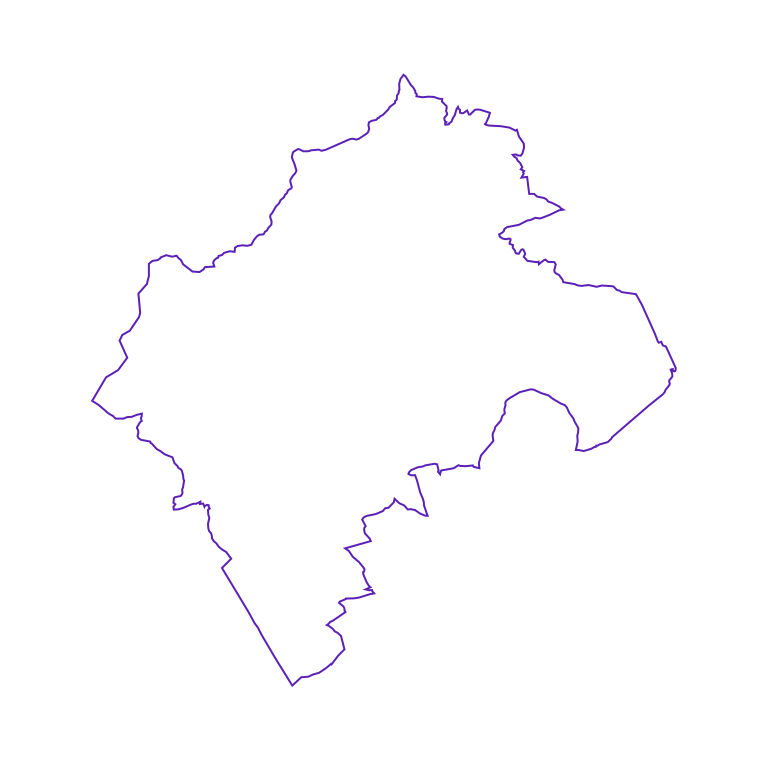 the district of Telega, Prahova, Romania, rotated 6°
{"feature_id": "2599482B944231633317", "entity_name": "Telega", "entity_type": "district", "adm_level": 2, "iso_a3": "ROU", "parent_name": "Romania", "parent_adm1": "Prahova", "projection": "natural_earth1", "projection_center": [25.817, 45.132], "detail": "fine", "context": "isolated", "style": "outline", "palette": "violet", "viewbox_px": 768, "rotation_deg": 6, "n_neighbors": 0, "source": "geoboundaries", "source_scale": "gbopen_adm2", "svg_char_len": 6142}
<svg xmlns="http://www.w3.org/2000/svg" viewBox="0 0 768 768"><g transform="rotate(6 384 384)"><path d="M324.3,693.5L332.4,684.3L339.3,683.0L343.9,680.3L349.6,678.0L356.1,672.6L360.5,668.0L361.1,668.4L366.8,659.0L372.4,652.0L367.6,639.1L364.0,636.4L360.8,635.1L358.7,632.9L354.6,630.4L352.4,629.7L354.4,627.8L355.1,626.4L357.7,624.9L369.5,614.8L368.6,613.8L368.0,611.1L366.8,609.4L362.1,606.3L363.0,604.9L368.3,602.0L368.4,601.4L376.6,600.3L381.8,598.9L392.2,594.4L396.1,593.3L394.0,591.3L393.6,590.2L390.6,590.7L387.2,590.2L391.8,587.5L389.9,586.1L387.3,582.7L383.4,575.6L382.8,573.4L383.6,572.9L384.0,570.8L383.6,569.6L378.0,563.9L370.9,559.0L366.5,553.7L362.5,551.5L387.3,541.6L385.8,539.1L380.6,534.5L379.5,531.2L379.5,529.1L380.6,527.3L376.5,521.1L377.1,519.8L378.1,518.5L380.6,517.0L389.4,514.2L396.1,510.5L398.2,507.4L401.3,506.7L406.1,500.7L406.5,497.0L411.7,501.0L416.9,502.7L420.7,506.3L423.6,505.7L428.0,506.1L433.5,509.1L438.5,510.6L441.1,510.5L436.5,500.6L435.9,497.1L434.5,493.7L431.4,488.3L427.0,476.7L424.4,471.4L420.7,472.0L417.7,470.9L418.3,468.8L420.1,466.7L426.1,463.4L431.4,461.9L433.6,460.6L442.7,458.0L445.3,458.4L447.3,464.2L446.9,465.7L449.2,467.9L449.6,464.6L450.1,464.0L462.3,460.4L466.5,457.0L468.4,457.5L473.8,457.2L480.9,455.7L481.7,457.0L487.7,457.8L486.6,452.8L487.9,445.0L498.7,429.2L497.3,423.6L497.5,421.2L498.6,418.7L499.2,415.0L504.0,408.2L505.0,403.4L507.2,400.7L506.3,396.8L507.1,392.3L506.6,390.5L506.8,389.1L507.8,387.3L510.6,384.8L519.9,377.9L530.4,374.0L533.3,373.9L541.6,376.7L548.7,378.1L553.1,380.9L561.8,384.9L566.2,386.2L568.3,388.2L571.2,393.2L576.0,398.5L577.3,401.2L581.9,407.6L582.1,412.4L581.6,415.1L582.6,420.9L581.7,429.6L584.4,429.3L589.7,429.8L597.2,426.6L599.4,424.9L601.3,424.3L601.5,423.1L602.8,423.1L604.6,421.6L612.6,418.4L615.9,414.5L616.3,413.2L649.1,378.3L662.3,365.2L663.8,363.1L664.7,360.4L668.0,355.0L668.2,353.7L667.3,351.9L667.4,350.5L669.6,347.2L670.0,345.9L669.2,342.7L667.6,339.7L669.6,339.0L669.7,340.4L671.3,341.1L672.3,340.6L672.5,339.6L672.5,337.6L660.5,317.3L657.3,316.5L655.3,313.1L653.0,314.2L652.0,313.3L648.2,305.8L632.3,278.4L625.2,268.3L610.9,267.8L608.3,266.5L605.8,266.2L602.1,263.1L600.4,262.9L590.4,263.3L585.4,265.1L577.1,264.2L570.1,265.8L566.2,265.7L563.2,264.7L551.7,264.0L550.7,261.7L546.7,257.3L543.2,255.9L541.8,254.6L541.5,253.0L542.3,247.2L541.0,245.3L540.0,244.9L534.5,245.4L531.5,243.4L529.8,244.4L525.5,248.7L524.9,246.2L522.7,246.9L513.7,246.5L509.7,242.9L510.8,239.7L508.9,236.2L507.8,235.5L506.5,236.2L504.4,240.4L501.9,240.3L501.0,239.5L500.2,237.5L497.8,235.1L497.7,232.3L494.3,231.5L494.1,230.7L494.9,227.5L494.5,226.6L493.3,226.3L489.8,227.3L486.6,226.9L483.8,225.4L482.9,223.1L486.0,221.0L487.3,219.2L487.5,217.4L490.0,215.1L501.5,211.6L509.3,206.5L512.5,205.6L517.2,202.9L521.4,203.1L523.0,202.6L530.7,198.7L539.9,193.0L544.0,191.9L541.5,190.8L539.9,189.3L531.9,186.2L528.5,185.5L526.1,183.3L523.8,182.3L516.7,181.6L513.5,179.3L508.5,179.7L504.7,163.1L499.1,164.4L501.0,160.2L500.2,158.8L501.1,157.5L497.6,156.2L498.9,154.0L496.2,149.9L493.4,147.7L492.3,145.6L489.6,144.2L488.1,142.6L491.2,141.9L492.9,142.7L496.2,142.6L497.5,140.3L498.6,134.3L497.8,130.2L492.4,123.9L489.6,117.3L488.3,118.3L482.1,115.9L473.5,115.4L461.0,116.0L458.1,115.4L457.3,115.0L458.1,113.9L460.3,107.2L461.0,103.2L450.9,101.2L448.1,101.2L445.8,101.8L441.4,107.1L440.3,107.1L438.1,103.3L434.7,106.2L433.5,106.6L431.3,106.3L430.9,103.4L429.4,102.5L428.6,100.7L427.4,103.0L426.4,109.0L424.8,112.1L423.6,116.1L421.4,118.1L421.2,119.0L417.9,119.7L417.4,118.4L418.6,117.0L417.7,116.7L416.6,115.2L416.2,113.0L418.6,109.4L418.4,108.2L417.2,106.0L417.5,102.8L417.1,101.0L412.1,97.1L412.1,94.5L408.9,94.5L403.4,93.3L398.2,93.6L392.2,94.8L386.2,94.5L386.3,92.3L384.9,91.3L384.3,89.1L382.0,86.0L379.6,84.0L373.3,75.8L371.1,74.5L368.5,79.0L367.7,84.0L368.6,89.8L368.1,91.1L368.2,93.1L366.7,95.9L367.0,99.8L365.5,101.5L365.6,103.3L360.6,108.1L359.6,110.4L354.7,116.6L352.3,118.1L350.9,120.0L349.8,120.3L349.5,121.3L348.4,122.2L344.1,123.6L341.6,125.4L341.5,128.5L342.6,131.5L342.0,134.9L340.8,136.6L333.2,142.9L330.9,143.8L327.3,143.3L324.2,144.2L301.5,157.2L297.4,158.6L294.6,157.7L287.2,159.2L284.5,160.4L279.5,161.0L275.1,159.4L273.8,159.4L269.8,162.4L269.2,163.3L268.6,168.2L272.0,174.6L274.6,180.9L273.9,183.3L271.4,186.8L269.6,190.8L269.6,192.4L271.7,197.8L271.4,199.1L268.4,201.3L267.3,204.7L265.9,205.9L264.9,208.8L261.8,212.1L260.8,215.2L257.9,218.9L254.8,225.9L253.4,227.8L253.3,229.9L255.2,233.9L255.3,237.3L252.8,240.6L251.4,243.7L249.6,245.1L248.9,247.2L247.8,248.0L244.5,248.5L242.2,250.4L239.5,254.4L237.5,259.4L233.9,260.8L228.4,260.9L223.9,262.1L221.6,264.0L221.6,268.2L216.6,268.1L211.1,270.4L209.4,272.7L206.1,273.9L205.8,275.7L204.3,276.4L202.0,279.0L201.4,281.4L203.0,284.9L193.8,286.5L192.4,289.0L188.9,291.9L181.8,292.2L171.7,286.0L169.1,281.9L166.4,280.3L164.3,278.1L160.1,279.5L153.9,278.7L148.6,281.5L148.4,282.4L145.9,284.5L140.8,285.8L137.6,289.1L138.9,301.2L137.7,309.4L130.3,319.8L134.1,338.9L133.4,343.0L125.6,357.6L118.6,362.6L116.5,368.5L125.9,384.7L118.1,398.0L106.9,406.4L95.5,431.3L102.1,434.5L113.5,442.3L117.8,444.1L120.6,446.5L128.6,445.6L132.2,443.7L136.4,443.1L141.4,440.5L146.3,438.8L146.4,441.4L145.8,443.4L146.9,446.1L146.0,446.6L145.0,448.3L142.9,452.9L143.0,453.8L144.3,455.6L144.8,458.1L144.3,461.4L145.6,463.5L148.0,464.9L157.5,465.7L158.1,467.1L159.4,467.6L164.7,472.4L169.0,474.3L173.1,476.8L181.2,479.0L183.9,484.6L187.2,487.2L188.2,488.9L191.1,490.2L192.1,491.6L193.8,496.0L194.5,499.7L195.3,500.9L194.9,508.0L194.2,510.4L195.0,513.0L194.6,514.9L193.5,516.6L187.9,518.5L187.0,519.5L187.0,524.2L189.1,525.4L187.4,528.2L188.1,530.9L192.4,530.2L197.1,528.3L204.8,524.0L207.2,523.0L209.8,522.7L213.6,520.3L213.5,522.6L216.6,521.8L218.2,524.7L218.4,524.0L220.8,522.7L222.2,522.8L222.4,524.3L223.7,526.1L222.1,527.6L223.0,532.6L224.3,535.3L223.6,541.4L224.3,545.6L225.3,548.3L227.8,550.9L228.8,553.4L228.9,555.2L231.0,558.0L233.8,559.9L236.7,563.1L240.5,565.7L244.5,567.5L250.3,573.7L242.1,583.9L272.7,624.4L280.3,635.4L284.2,639.6L288.5,646.3L304.0,667.3L324.3,693.5Z" fill="none" stroke="#5b21b6" stroke-width="2"/></g></svg>